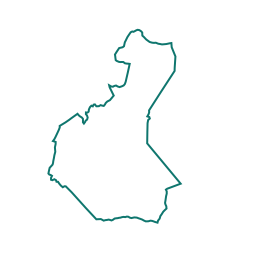 outline of Santa Rita, Paraíba, Brazil, rotated 198°
{"feature_id": "56859067B37269075188213", "entity_name": "Santa Rita", "entity_type": "district", "adm_level": 2, "iso_a3": "BRA", "parent_name": "Brazil", "parent_adm1": "Paraíba", "projection": "natural_earth1", "projection_center": [-34.981, -7.098], "detail": "fine", "context": "isolated", "style": "outline", "palette": "teal", "viewbox_px": 256, "rotation_deg": 198, "n_neighbors": 0, "source": "geoboundaries", "source_scale": "gbopen_adm2", "svg_char_len": 2507}
<svg xmlns="http://www.w3.org/2000/svg" viewBox="0 0 256 256"><g transform="rotate(198 128 128)"><path d="M157.3,206.6L157.1,204.5L158.1,203.1L161.1,201.3L161.8,198.8L162.3,197.0L163.1,193.8L162.4,192.5L161.6,190.7L160.6,188.7L159.3,188.3L157.0,188.1L155.5,188.4L154.2,188.9L152.8,189.3L151.0,188.6L149.4,188.8L147.8,189.2L146.2,189.5L145.3,180.4L144.5,171.3L144.6,168.8L145.3,167.1L146.8,165.7L148.7,164.3L150.7,164.3L152.5,164.7L154.1,163.7L155.1,162.6L156.7,162.3L159.1,162.8L158.0,161.0L151.6,154.4L153.8,148.9L155.9,146.8L156.9,144.9L157.2,143.2L157.9,141.5L159.6,141.3L161.1,141.3L162.5,139.7L164.8,138.9L166.8,140.2L167.9,139.6L168.2,137.7L169.7,137.9L170.6,136.1L170.9,133.5L170.5,131.4L171.3,130.1L172.8,129.8L172.3,128.1L170.9,127.3L169.6,125.5L169.5,123.4L170.5,121.9L170.7,120.4L171.3,118.6L172.6,119.5L173.1,121.1L173.7,122.8L175.1,123.7L177.5,124.3L179.0,125.0L180.4,125.9L182.7,122.8L185.2,119.4L186.3,117.8L189.2,114.0L193.6,108.9L193.1,107.4L193.2,105.0L193.6,101.6L194.2,96.8L194.6,94.6L195.3,92.4L192.5,92.4L191.9,90.5L191.5,86.9L189.8,82.9L189.6,79.4L189.2,76.7L188.8,73.2L188.5,71.7L188.4,69.9L190.2,65.9L189.9,62.4L189.6,60.1L188.4,59.4L187.0,59.4L185.5,59.0L185.8,56.8L185.2,55.0L183.8,55.0L182.2,56.5L180.3,56.1L179.4,54.8L177.9,55.2L176.3,53.9L174.1,52.5L171.7,51.5L170.5,52.9L169.2,53.3L161.8,49.5L143.6,39.0L129.9,31.4L127.8,32.2L125.7,33.0L124.0,32.7L122.5,32.4L121.0,33.4L119.5,34.1L118.1,34.9L116.8,35.0L115.1,35.0L113.9,36.1L112.8,37.7L111.5,38.4L109.9,39.1L108.8,39.8L107.5,40.4L106.1,41.4L104.7,42.1L103.1,42.4L101.7,43.4L100.2,43.7L98.6,43.3L96.9,43.4L94.4,44.9L91.9,45.5L90.2,45.4L88.3,45.4L86.1,45.3L84.3,44.9L82.2,44.7L79.8,45.6L78.0,46.8L76.4,47.1L74.9,47.1L73.1,47.0L70.7,47.1L70.8,49.2L69.9,51.6L70.0,54.2L69.3,56.5L68.6,59.3L67.6,61.3L66.5,63.3L67.4,65.4L68.7,66.8L69.6,68.2L70.0,70.9L70.3,72.6L70.7,75.0L70.9,77.6L71.6,79.7L72.9,81.1L71.9,82.4L60.7,91.3L105.0,119.3L108.3,130.0L110.9,138.7L111.3,141.8L110.2,143.7L111.1,145.0L113.2,145.0L112.7,147.4L112.7,149.4L113.4,151.3L107.8,172.6L101.3,196.7L102.1,199.3L105.0,210.7L111.4,218.3L113.0,222.2L114.6,221.4L116.1,220.5L117.7,219.6L119.6,218.8L121.5,218.0L123.4,217.8L125.3,217.5L127.9,217.7L129.6,217.0L131.4,216.6L134.0,216.5L138.0,217.8L141.1,219.5L142.9,220.3L144.0,223.2L145.3,224.0L147.4,224.6L149.1,224.4L150.2,223.6L151.3,222.4L152.5,221.2L153.8,221.1L155.0,219.9L155.5,218.3L156.0,216.6L156.6,214.5L156.9,212.5L157.2,210.3L157.5,208.6L157.3,206.6Z" fill="none" stroke="#0f766e" stroke-width="2"/></g></svg>